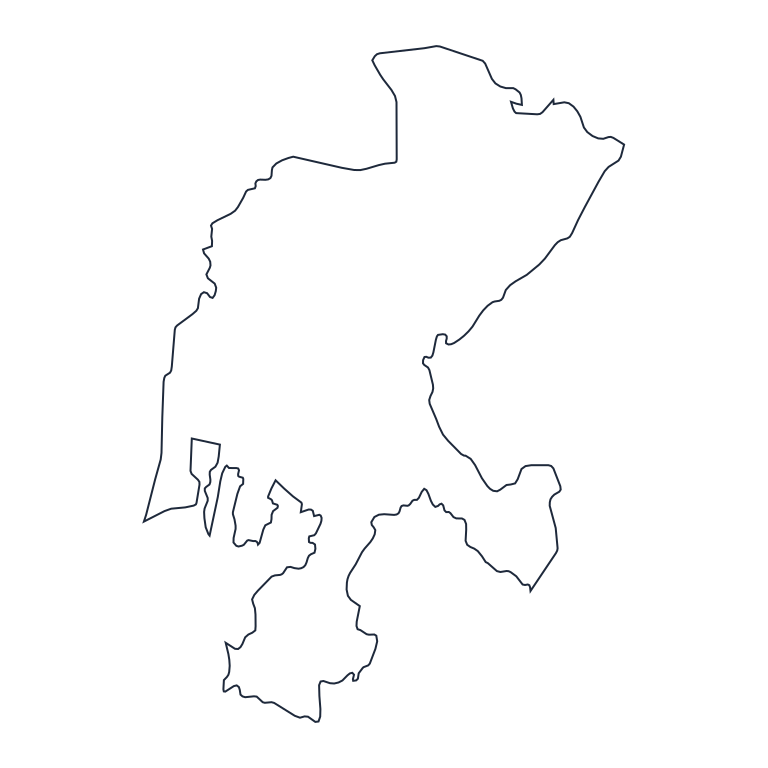 Zacatecas, Natural Earth projection
{"feature_id": "MEX-2713", "entity_name": "Zacatecas", "entity_type": "State", "adm_level": 1, "iso_a3": "MEX", "parent_name": "Mexico", "parent_adm1": "", "projection": "natural_earth1", "projection_center": [-102.796, 23.104], "detail": "fine", "context": "isolated", "style": "outline", "palette": "slate", "viewbox_px": 768, "rotation_deg": 0, "n_neighbors": 0, "source": "natural_earth", "source_scale": "10m", "svg_char_len": 6103}
<svg xmlns="http://www.w3.org/2000/svg" viewBox="0 0 768 768"><path d="M624.1,144.6L620.9,156.7L618.5,160.6L608.6,166.9L604.7,171.2L598.5,181.8L584.8,207.1L578.1,220.0L572.1,233.1L569.8,236.8L567.3,238.4L560.8,240.2L557.7,242.2L554.9,245.1L544.9,258.6L539.3,264.5L526.7,274.9L515.6,281.3L510.1,285.2L505.8,290.0L503.0,297.7L501.3,299.8L499.3,300.8L494.6,301.5L492.5,302.2L487.6,305.8L483.2,310.4L479.3,315.6L472.5,326.6L468.5,331.4L464.1,335.7L459.4,339.5L454.1,343.0L451.2,344.2L448.5,344.5L446.1,343.3L446.0,341.1L446.7,338.6L446.7,336.3L445.2,334.6L442.8,334.2L438.0,334.9L436.9,336.4L435.9,339.7L433.4,352.3L432.4,355.6L430.8,357.6L428.4,357.7L426.3,356.8L424.5,357.0L423.1,360.1L423.0,363.3L424.2,364.9L428.0,367.5L429.4,370.1L432.9,384.6L433.2,388.3L432.5,391.9L430.5,396.0L429.2,400.0L429.7,403.8L436.2,419.0L439.1,426.7L443.0,434.6L448.2,440.9L461.1,454.0L464.0,455.6L465.6,455.7L470.7,458.9L475.1,465.1L481.9,478.2L487.3,486.0L490.0,488.8L493.2,490.8L497.1,491.3L500.2,489.7L506.5,485.0L510.7,484.5L515.1,483.4L517.7,479.2L521.5,469.0L525.5,466.1L531.3,465.2L548.4,465.2L551.2,466.0L553.4,468.4L560.3,486.2L560.7,489.6L559.3,491.7L554.3,494.6L552.1,496.8L550.5,499.3L549.8,502.3L549.7,505.8L555.7,528.0L557.6,548.3L557.2,550.6L556.0,553.0L530.5,591.0L530.1,587.3L529.3,585.2L527.8,584.5L525.0,585.0L522.6,584.5L516.3,576.3L510.6,572.1L508.6,571.2L506.6,571.0L500.4,572.0L496.9,571.1L487.8,563.1L485.7,562.1L482.0,556.3L477.8,551.1L474.2,548.6L470.4,547.0L467.2,544.8L465.6,540.8L466.2,529.7L466.1,524.0L464.5,519.9L462.0,518.5L456.3,518.4L453.5,517.1L450.4,513.1L448.8,512.0L446.2,512.1L444.5,510.4L443.2,505.4L441.5,503.7L439.6,504.4L438.1,505.9L435.3,506.9L432.8,504.5L430.9,500.8L428.4,493.9L426.5,490.2L424.2,488.8L421.7,491.9L418.9,497.8L416.9,499.9L414.2,499.9L412.5,500.7L410.2,504.0L408.7,505.4L407.4,505.8L403.4,505.4L401.6,506.0L400.6,507.6L399.5,511.5L398.5,513.3L396.6,514.5L394.1,514.9L384.2,514.2L378.9,514.7L374.4,517.0L371.3,522.2L371.8,525.0L373.7,527.3L375.3,530.1L374.7,534.3L372.8,538.4L370.3,542.1L364.6,548.6L362.0,552.2L355.7,564.3L350.1,572.9L348.6,575.9L347.5,579.2L346.9,582.6L346.6,589.5L347.9,595.8L350.9,599.9L359.8,606.1L356.7,621.7L356.5,626.0L357.6,629.2L360.4,630.1L366.6,634.2L369.0,634.7L374.3,634.5L376.3,635.7L377.2,641.3L375.4,648.9L369.8,663.6L368.2,665.4L363.5,667.2L362.6,668.1L358.7,673.3L357.9,678.7L356.2,680.4L353.2,680.8L352.9,679.2L354.0,674.7L352.3,672.8L349.9,673.4L347.5,675.3L342.4,680.5L338.5,682.5L334.2,683.5L330.0,683.2L323.4,681.0L320.6,681.5L319.1,685.2L319.4,696.0L320.4,709.1L320.2,716.6L318.5,721.5L315.3,721.9L308.0,716.7L304.6,716.4L300.0,717.7L294.8,715.8L274.1,702.9L271.5,702.2L264.8,702.8L262.7,702.2L256.7,696.6L254.0,696.3L245.2,697.2L242.5,696.4L240.5,694.6L239.8,690.0L238.9,687.1L236.7,685.4L233.8,686.1L225.3,691.6L223.8,691.4L223.4,689.3L223.9,680.1L226.9,677.0L228.4,674.8L229.2,671.9L229.7,665.8L229.3,659.8L228.4,654.1L225.7,642.8L235.0,648.8L238.1,649.0L240.5,647.1L242.4,644.0L245.2,637.3L248.4,634.5L252.3,632.7L255.3,630.4L255.6,626.3L255.5,614.6L254.9,608.2L253.2,603.7L252.1,599.4L254.3,594.9L257.9,590.7L271.6,576.6L274.9,575.4L280.1,574.9L281.7,574.3L283.1,573.2L287.0,567.3L290.5,566.9L294.4,568.1L298.6,568.7L301.2,568.2L303.5,567.1L305.3,565.2L306.5,562.5L307.8,558.1L309.0,555.7L311.0,554.2L314.5,552.7L315.4,548.8L315.0,544.5L312.6,542.9L310.4,542.8L309.0,542.0L308.8,538.2L309.3,536.4L314.3,535.2L315.9,533.4L320.5,523.8L321.4,520.8L321.6,517.9L320.7,515.6L319.3,514.8L314.1,516.1L312.8,510.8L311.0,509.6L308.7,509.5L300.8,512.2L301.9,504.2L301.4,502.6L293.0,496.4L284.2,488.6L275.6,480.3L271.4,488.5L268.1,496.5L268.1,497.8L270.9,499.2L272.0,500.3L272.9,503.4L277.3,504.8L277.9,506.0L277.5,507.8L273.1,511.1L271.6,514.8L271.5,519.1L270.9,522.5L265.3,525.3L263.3,529.6L259.6,542.9L258.0,544.6L257.6,542.9L256.7,541.7L255.3,541.0L253.3,541.1L248.5,540.1L247.2,540.6L243.8,544.8L242.0,545.7L238.5,546.5L236.3,545.8L233.5,542.5L233.6,538.0L235.6,528.9L235.6,525.7L234.5,519.4L232.9,514.2L232.9,512.2L237.4,493.8L240.1,486.3L243.1,483.9L243.3,479.0L242.8,477.7L239.1,476.7L238.2,475.9L238.1,474.1L239.0,470.3L238.2,468.5L236.6,468.1L229.0,468.0L226.8,465.6L225.3,466.8L222.2,473.3L220.3,481.3L217.8,497.0L209.6,535.6L208.4,534.1L205.7,527.3L204.4,518.1L204.1,511.9L204.6,508.5L207.7,500.8L207.7,498.0L204.8,490.9L204.8,488.4L206.2,486.9L209.5,484.5L210.3,482.1L210.4,479.7L209.7,474.7L209.8,471.8L211.0,469.9L215.4,466.7L217.6,462.7L218.7,456.6L219.9,444.6L191.8,438.5L190.5,470.9L191.6,473.9L197.9,479.7L199.4,481.9L199.5,484.7L196.5,502.9L195.9,504.4L193.7,505.6L185.2,507.4L171.2,508.7L164.5,511.1L143.9,521.6L146.1,514.9L155.2,479.2L160.7,459.5L161.5,452.9L162.3,417.3L163.6,381.8L164.3,377.9L165.3,375.7L170.0,372.7L171.2,370.5L171.8,366.6L174.8,329.8L175.5,327.3L177.1,325.5L192.4,314.2L196.3,310.8L197.9,308.2L199.1,298.7L201.1,294.1L203.9,292.2L207.1,293.2L210.0,297.0L212.6,297.9L214.6,295.2L215.8,291.1L216.2,287.7L214.7,283.6L207.9,278.3L206.4,274.4L209.8,267.8L210.5,265.4L210.2,261.7L208.7,258.6L204.1,253.4L203.0,249.5L211.9,246.2L212.1,240.9L211.3,236.6L212.1,228.9L211.0,225.6L212.4,223.3L217.5,220.2L230.7,213.8L235.1,210.7L237.9,207.1L243.2,197.8L246.1,191.5L247.9,189.9L254.9,188.3L255.7,186.1L255.4,183.4L256.3,181.4L258.0,180.0L260.2,179.6L265.4,179.8L268.2,179.4L270.4,178.1L271.5,175.8L271.9,170.1L272.5,167.4L276.3,163.5L282.1,160.3L288.4,158.0L293.2,156.7L341.8,167.8L354.2,170.0L360.2,170.1L366.4,168.8L378.8,165.1L385.0,163.7L394.7,162.7L396.3,161.7L396.7,159.4L396.5,102.1L395.0,96.0L391.4,89.9L383.2,79.3L380.2,74.8L374.7,65.3L372.3,60.3L374.8,56.2L377.0,54.2L379.8,53.3L424.4,48.2L436.3,46.1L439.9,46.5L482.7,60.8L485.2,63.6L491.9,78.9L495.4,83.4L500.3,86.5L505.8,88.1L513.2,88.1L515.6,89.3L519.6,92.5L520.8,94.9L521.5,98.3L521.9,104.9L516.4,103.7L511.0,101.8L512.9,108.4L514.5,111.6L516.1,113.1L537.3,114.3L540.1,113.9L542.5,112.2L553.4,99.8L553.7,104.1L564.3,102.3L568.8,103.2L573.5,106.6L577.3,111.3L580.4,116.8L583.9,127.5L587.3,132.1L592.5,136.0L598.2,138.4L603.3,138.8L608.4,137.1L610.8,136.9L613.4,137.9L624.1,144.6Z" fill="none" stroke="#1e293b" stroke-width="2"/></svg>